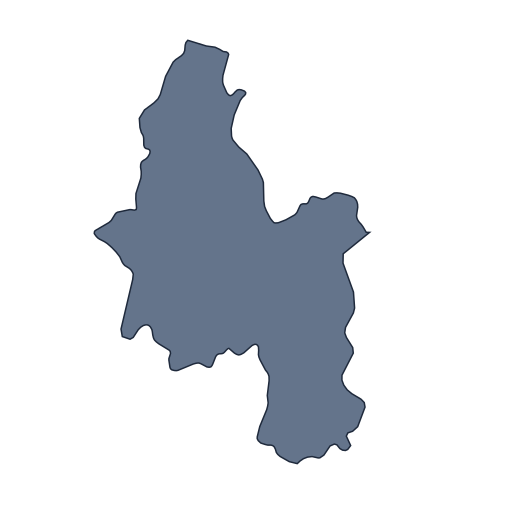 SVG path tracing the border of Belluno, rotated 293°
{"feature_id": "ITA-5467", "entity_name": "Belluno", "entity_type": "Province", "adm_level": 1, "iso_a3": "ITA", "parent_name": "Italy", "parent_adm1": "", "projection": "robinson", "projection_center": [12.178, 46.278], "detail": "fine", "context": "isolated", "style": "filled", "palette": "slate", "viewbox_px": 512, "rotation_deg": 293, "n_neighbors": 0, "source": "natural_earth", "source_scale": "10m", "svg_char_len": 3646}
<svg xmlns="http://www.w3.org/2000/svg" viewBox="0 0 512 512"><g transform="rotate(293 256 256)"><path d="M337.1,94.8L346.9,96.3L357.0,102.2L362.4,104.4L367.2,104.8L386.1,102.6L402.2,104.0L402.8,104.3L405.3,105.3L411.3,109.1L414.3,110.2L417.3,110.1L422.5,108.4L425.1,108.1L427.9,108.9L429.9,128.2L432.2,136.7L432.0,141.9L431.4,145.8L432.3,149.2L431.8,151.1L430.8,152.1L409.4,155.0L406.2,156.0L403.4,157.2L402.1,158.0L400.4,159.4L394.8,165.4L393.6,167.8L393.5,169.6L394.4,170.7L395.6,171.5L397.0,172.1L398.7,172.6L401.5,173.9L402.6,175.4L403.2,177.4L403.3,181.0L402.5,182.6L401.1,183.1L399.5,182.8L396.5,181.5L393.0,180.7L377.4,180.8L363.8,183.3L356.7,186.7L355.0,188.1L353.7,189.5L349.6,197.5L347.2,204.9L346.3,207.7L335.9,224.3L329.2,231.9L326.5,234.1L309.7,241.7L304.9,244.6L301.6,247.9L296.2,254.5L294.5,257.6L293.7,259.5L293.9,260.8L295.1,263.2L296.0,264.3L301.0,269.4L309.0,275.6L310.5,276.2L312.1,276.7L319.5,276.9L321.0,277.3L322.0,278.3L322.7,279.5L323.2,280.9L323.8,282.1L324.9,282.9L326.6,283.2L330.3,283.2L331.9,283.8L333.1,285.1L333.7,288.1L334.2,293.8L334.5,295.3L335.2,296.4L336.0,297.5L338.3,299.3L344.5,303.3L345.7,305.7L346.8,309.2L348.0,317.2L348.2,321.1L348.0,323.8L347.1,325.5L346.4,326.5L345.6,327.5L343.3,329.3L340.6,330.6L332.6,332.7L331.3,333.4L330.2,334.2L329.2,335.2L328.3,336.4L327.5,337.7L326.3,340.4L324.6,343.2L320.9,348.2L322.1,351.3L292.1,335.4L283.4,338.9L260.9,359.8L246.6,367.1L241.6,367.9L225.3,366.3L219.9,367.7L216.3,371.1L209.5,380.8L204.6,383.5L179.9,381.7L175.3,383.6L171.4,387.3L168.4,392.3L166.7,397.9L165.2,408.7L163.4,412.9L159.5,415.4L138.6,416.3L132.4,413.4L129.1,409.7L125.5,409.5L118.5,417.2L113.7,416.0L111.9,414.3L111.1,411.5L111.5,408.5L113.8,404.2L113.5,401.6L110.1,398.4L99.3,396.3L95.1,393.6L94.4,392.0L93.3,386.0L91.0,382.0L88.0,378.9L84.6,376.7L81.0,375.1L79.7,367.0L80.9,356.5L81.9,353.5L83.1,351.5L85.9,349.2L87.6,347.1L88.0,345.4L87.8,343.7L86.5,340.6L86.1,338.1L85.7,333.5L86.9,330.2L88.3,328.5L90.0,327.8L100.5,326.1L118.7,325.9L122.2,325.4L125.5,324.6L132.0,320.9L146.3,316.8L150.3,315.0L152.1,313.4L153.3,311.9L154.7,309.3L161.9,300.4L164.1,298.2L166.1,296.8L170.2,295.3L173.4,293.7L174.5,292.1L174.7,290.5L174.1,289.2L173.1,288.2L172.0,287.3L162.1,282.6L159.7,280.7L158.8,279.7L158.1,278.5L157.9,276.4L158.2,274.0L160.4,267.2L160.2,266.9L159.5,266.2L158.2,265.6L155.0,264.5L153.7,263.8L152.8,262.8L151.5,260.2L150.5,259.2L149.2,258.5L147.5,258.2L139.7,258.4L137.9,258.3L136.3,257.8L135.3,256.4L134.7,254.2L135.3,247.5L135.2,245.3L134.6,244.0L133.9,242.8L132.2,240.6L120.2,228.8L119.3,227.4L118.7,225.6L118.3,223.0L118.8,221.4L119.9,220.3L126.1,216.5L127.6,215.9L132.9,215.4L134.7,214.3L135.4,212.9L137.2,200.8L138.0,197.8L138.9,195.6L139.7,194.5L140.7,193.5L143.0,191.8L145.9,190.1L147.6,188.9L149.6,186.3L150.2,184.4L150.1,182.7L149.5,181.4L148.7,180.3L147.8,179.3L145.4,177.7L142.1,176.4L133.1,174.8L130.2,172.6L129.6,164.4L136.0,160.3L186.1,151.7L191.4,150.1L192.4,149.1L193.3,148.0L194.1,146.8L194.7,145.5L195.2,143.9L196.0,138.9L196.8,137.2L197.8,135.6L202.1,130.9L205.0,125.7L207.4,120.2L209.4,114.1L210.0,110.8L210.4,105.3L210.8,103.3L211.7,101.2L213.4,98.4L215.1,97.8L216.5,98.0L229.4,107.6L232.2,108.9L239.5,110.0L241.0,110.5L242.2,111.4L249.4,121.7L249.9,123.0L250.7,126.2L252.0,127.6L253.9,127.1L261.5,123.1L266.6,121.1L282.7,119.6L286.2,118.5L289.2,117.2L292.7,115.0L295.2,114.1L297.4,113.9L298.9,114.4L300.3,115.2L301.4,116.1L303.1,117.1L305.1,117.8L308.8,118.2L310.8,117.7L312.0,116.7L312.3,115.3L311.9,112.4L312.5,110.9L314.2,109.4L320.5,106.6L322.2,105.5L323.2,104.5L324.9,102.2L328.9,99.0L337.1,94.8Z" fill="#64748b" stroke="#1e293b" stroke-width="1.5"/></g></svg>